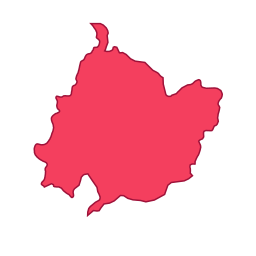 the district of Mbaïki, Lobaye, Central African Republic, rotated 104°
{"feature_id": "33826404B24481683700723", "entity_name": "Mbaïki", "entity_type": "district", "adm_level": 2, "iso_a3": "CAF", "parent_name": "Central African Republic", "parent_adm1": "Lobaye", "projection": "orthographic", "projection_center": [17.906, 4.007], "detail": "fine", "context": "isolated", "style": "filled", "palette": "rose", "viewbox_px": 256, "rotation_deg": 104, "n_neighbors": 0, "source": "geoboundaries", "source_scale": "gbopen_adm2", "svg_char_len": 5091}
<svg xmlns="http://www.w3.org/2000/svg" viewBox="0 0 256 256"><g transform="rotate(104 128 128)"><path d="M222.6,146.0L216.5,141.6L216.0,137.9L215.2,136.0L211.9,134.9L207.5,132.9L205.3,127.7L202.0,123.7L195.3,119.0L194.7,115.8L196.3,111.1L196.5,105.8L195.3,98.4L195.3,92.8L191.5,85.0L183.6,76.4L173.9,75.5L170.4,72.8L165.7,60.7L162.7,57.0L158.7,53.9L157.5,55.5L156.9,56.6L154.5,57.1L152.4,57.7L150.8,58.6L148.7,58.7L147.6,57.3L147.2,56.3L146.8,54.3L145.8,54.4L144.4,54.8L141.1,54.3L138.5,53.7L137.2,53.2L135.1,52.9L131.9,52.7L129.0,52.8L127.2,53.5L125.1,55.2L123.7,56.2L122.5,55.6L121.6,54.6L120.5,53.1L118.4,52.4L117.2,52.7L116.1,53.1L114.2,53.6L112.9,53.5L112.1,52.6L111.5,51.6L111.4,50.8L110.9,48.6L110.6,47.1L110.2,46.0L109.1,45.4L107.1,45.1L105.1,44.7L104.2,43.3L103.0,42.5L101.9,42.3L99.7,42.0L97.7,42.9L96.7,43.5L94.2,43.7L92.8,43.9L90.2,43.8L88.3,43.8L85.8,44.0L84.5,45.1L83.6,46.1L82.7,46.5L80.7,46.5L79.2,46.1L77.7,45.5L76.4,44.7L74.3,44.5L72.4,44.7L70.8,45.7L69.2,47.0L68.0,50.8L68.2,53.5L70.5,61.6L70.5,64.0L70.5,65.8L69.9,66.6L68.9,67.6L67.2,68.1L65.9,68.5L64.5,69.3L64.0,70.4L64.1,71.3L65.6,73.3L66.4,74.2L69.3,76.0L70.7,77.7L71.8,80.6L76.0,85.3L77.0,85.9L79.7,87.5L80.9,88.3L83.0,89.4L85.6,93.4L86.9,94.2L87.5,96.2L87.4,97.7L86.5,99.3L76.9,104.4L70.7,106.2L70.1,108.3L69.1,110.0L67.7,111.7L67.0,113.7L66.0,117.9L60.3,127.5L61.4,137.3L60.2,142.3L57.1,147.6L56.1,151.5L56.9,153.5L57.1,154.5L55.7,155.7L54.3,156.8L52.4,158.4L52.4,160.7L53.2,161.8L55.6,161.8L56.7,162.6L58.1,164.4L58.9,167.3L58.8,169.3L57.5,168.9L54.1,168.7L49.8,168.2L46.8,169.3L43.3,170.6L40.7,170.2L38.6,171.2L37.4,172.2L36.1,173.4L34.1,176.9L33.4,180.1L35.7,189.3L36.1,188.7L36.6,188.0L37.0,187.2L37.5,186.7L38.0,186.0L38.6,185.5L39.1,184.9L39.6,184.3L40.1,183.7L40.6,183.2L41.2,182.6L41.9,182.2L42.5,181.6L42.8,181.5L43.2,181.3L44.0,181.0L44.9,180.8L45.9,180.7L47.0,180.7L47.9,180.5L48.4,179.8L48.7,179.0L49.1,178.3L49.5,177.6L50.0,176.9L50.6,176.5L51.5,176.3L52.5,176.2L53.6,176.2L54.6,176.3L55.5,176.5L56.3,176.9L57.0,177.3L57.3,178.1L57.6,178.9L57.8,179.8L58.2,180.5L59.1,180.7L60.1,180.6L61.0,180.8L61.7,181.2L62.7,181.4L63.6,181.6L64.2,182.1L64.8,182.6L65.2,183.3L65.5,184.1L65.9,184.8L66.4,185.4L67.0,186.0L67.8,186.3L68.6,186.6L69.5,186.8L70.5,186.9L71.4,187.1L72.3,187.3L73.0,187.8L73.5,188.4L74.0,188.9L74.6,189.5L75.4,189.9L76.5,189.9L77.6,189.9L78.7,189.9L79.8,189.9L80.8,189.8L82.0,189.8L83.0,189.7L84.0,189.8L85.0,189.8L86.2,189.8L87.2,189.9L88.0,190.2L89.0,190.3L90.0,190.5L91.0,190.5L92.2,190.5L93.0,190.4L93.7,189.9L94.3,189.4L94.9,188.9L95.7,188.6L96.7,188.7L97.6,188.9L98.4,189.3L99.1,189.7L99.6,190.3L100.0,191.0L100.6,191.5L101.4,191.9L102.5,191.9L103.5,191.8L104.5,191.6L105.5,191.5L106.5,191.5L107.5,191.4L108.5,191.2L109.5,191.4L110.3,191.7L110.8,192.3L111.2,193.0L111.4,194.0L111.6,194.8L111.8,195.7L111.9,196.7L112.2,197.5L112.5,198.3L113.1,198.8L113.7,199.4L114.1,200.1L114.3,201.0L114.4,202.0L114.3,203.0L114.3,204.1L114.5,205.0L115.3,205.3L116.3,205.2L116.9,204.7L117.5,204.2L118.1,203.7L118.7,203.2L119.5,202.9L120.4,202.7L121.4,202.6L122.5,202.6L123.5,202.5L124.3,202.2L125.1,201.8L125.8,201.4L126.3,200.8L126.8,200.2L127.1,199.4L127.6,198.7L128.4,198.4L129.1,198.7L129.8,199.2L130.2,199.9L130.8,200.4L131.2,201.1L131.6,201.8L132.2,202.3L132.9,202.8L133.4,203.3L134.1,203.8L134.9,204.2L135.6,204.5L136.5,204.7L137.5,204.6L138.3,204.3L139.1,204.0L139.8,203.5L140.5,203.2L141.1,202.6L141.8,202.2L142.4,201.7L143.1,201.3L143.9,201.0L144.7,200.7L145.4,200.3L146.4,200.2L146.9,200.2L148.0,200.1L149.1,200.1L150.1,200.2L151.1,200.4L152.1,200.5L153.2,200.5L154.2,200.6L155.1,200.6L156.0,200.9L157.0,201.0L157.9,201.2L158.7,201.6L159.5,201.8L160.3,202.1L161.1,202.5L161.9,202.8L162.5,203.2L163.1,203.8L163.7,204.4L164.1,205.0L164.5,205.7L164.8,206.5L165.1,207.4L165.3,208.2L165.3,209.4L165.3,210.5L165.3,211.6L165.5,212.5L166.0,213.1L166.7,213.5L167.5,213.8L168.4,213.9L169.6,214.0L170.5,214.0L171.4,213.8L172.3,213.5L173.0,213.2L173.9,213.0L174.7,212.7L175.3,212.2L176.0,211.8L176.6,211.3L177.0,210.6L177.6,210.0L178.1,209.3L178.4,208.6L178.8,207.9L179.2,207.2L179.5,206.4L179.8,205.6L180.1,204.7L180.3,203.8L180.6,202.9L180.8,202.1L180.9,201.0L181.1,200.1L181.3,199.3L181.7,198.5L182.3,198.0L182.9,197.5L184.0,197.5L184.9,197.7L185.7,198.1L186.5,198.4L187.5,198.5L188.4,198.3L189.2,198.0L189.8,197.5L190.7,197.4L191.7,197.2L192.6,197.0L193.6,196.9L194.6,196.8L195.6,196.7L196.7,196.7L197.8,196.7L198.7,196.9L199.5,197.3L200.2,197.6L200.9,198.1L201.7,198.4L202.6,198.6L203.5,198.4L203.9,197.8L204.3,197.0L204.5,196.1L204.9,195.4L205.5,194.9L200.6,188.8L201.0,186.7L202.5,186.0L202.7,185.2L202.4,182.9L201.9,181.0L202.5,178.0L204.5,175.4L205.9,172.4L206.5,170.7L206.8,169.2L208.3,167.2L208.9,166.2L209.0,165.5L208.1,164.6L207.0,164.4L205.5,164.9L203.7,165.7L201.8,165.9L199.8,165.2L195.4,161.7L190.5,161.4L187.0,161.4L184.4,160.0L183.6,159.0L182.2,155.9L187.2,150.4L193.1,143.7L197.1,141.9L199.2,140.1L201.8,138.3L203.4,138.1L204.6,138.2L206.0,139.5L207.9,141.6L211.2,144.0L213.3,145.6L215.6,146.6L219.3,146.7L222.6,146.0Z" fill="#f43f5e" stroke="#9f1239" stroke-width="1.5"/></g></svg>